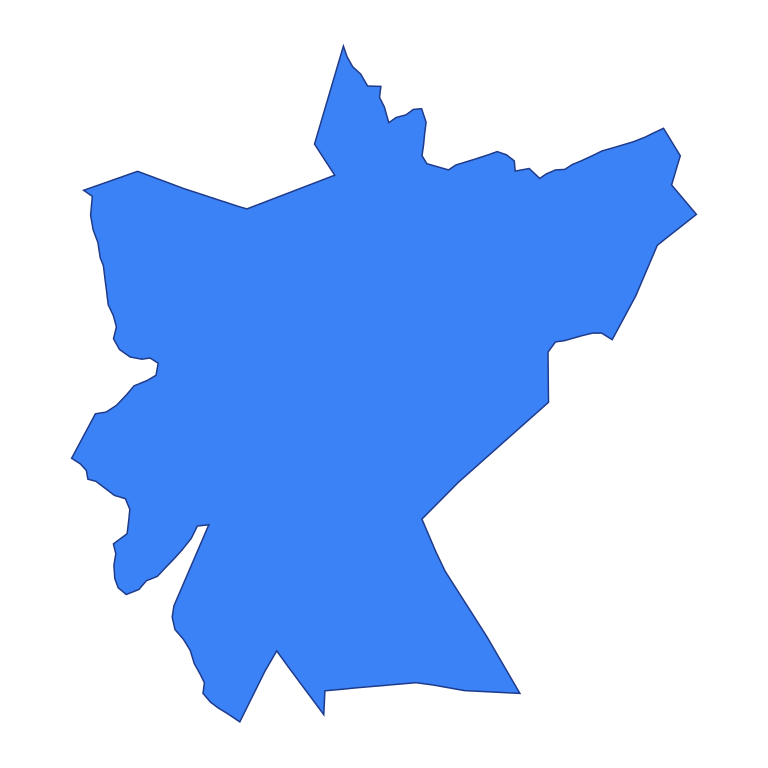 Escada, Pernambuco, Brazil
{"feature_id": "56859067B6321576756200", "entity_name": "Escada", "entity_type": "district", "adm_level": 2, "iso_a3": "BRA", "parent_name": "Brazil", "parent_adm1": "Pernambuco", "projection": "albers", "projection_center": [-35.273, -8.37], "detail": "fine", "context": "isolated", "style": "filled", "palette": "blue", "viewbox_px": 768, "rotation_deg": 0, "n_neighbors": 0, "source": "geoboundaries", "source_scale": "gbopen_adm2", "svg_char_len": 1841}
<svg xmlns="http://www.w3.org/2000/svg" viewBox="0 0 768 768"><path d="M343.4,46.1L314.5,144.1L334.7,175.2L271.1,199.6L246.9,208.9L238.6,206.5L183.3,188.4L137.6,171.3L83.6,190.3L92.3,196.3L90.6,215.2L93.1,229.7L97.9,242.5L100.2,257.7L103.4,265.7L105.1,279.9L106.5,290.6L108.2,304.7L113.3,315.5L116.4,326.9L113.5,338.8L119.5,349.5L130.1,357.0L141.9,359.2L150.0,358.0L158.2,363.2L156.0,375.3L146.9,380.6L134.1,385.8L126.5,394.8L116.4,405.4L106.0,412.1L95.4,413.8L71.6,458.3L80.5,464.0L86.4,470.6L87.9,479.2L95.9,481.3L114.4,495.4L125.4,498.7L129.8,509.3L128.9,519.0L127.1,533.7L113.4,543.9L115.8,553.7L113.9,565.3L114.8,578.6L118.2,587.8L126.2,594.5L138.9,589.5L146.4,580.7L157.3,576.4L166.6,566.5L173.1,559.8L181.5,550.6L191.2,538.5L197.4,526.0L208.8,524.8L173.9,605.9L172.2,617.2L175.0,629.6L183.4,639.3L190.2,650.3L194.3,663.7L200.3,674.4L204.4,682.8L203.0,693.4L210.5,702.2L218.4,708.1L227.1,713.4L239.8,721.9L264.9,671.3L276.7,650.9L288.2,666.8L323.8,714.7L324.9,690.8L343.9,689.1L354.4,688.0L415.9,682.7L432.5,684.9L464.5,690.6L501.9,692.5L519.9,693.4L486.6,636.2L445.2,571.3L436.1,552.3L421.9,519.1L458.4,482.3L548.5,402.3L548.0,352.1L555.5,341.9L564.3,340.7L581.9,335.7L592.5,333.1L601.6,333.1L612.2,339.7L635.8,295.8L657.3,245.3L664.4,239.6L696.4,214.4L671.6,185.0L676.7,167.7L680.3,155.8L663.5,128.3L652.6,133.4L645.2,137.1L632.9,141.9L613.1,147.8L602.1,150.9L592.5,155.6L581.1,160.9L572.3,164.5L564.8,169.4L555.6,169.9L546.3,173.9L539.7,178.4L529.2,168.5L515.2,171.1L514.3,160.9L506.5,154.8L497.2,151.6L487.0,155.2L473.1,159.7L455.8,165.0L448.5,169.9L438.7,167.1L426.9,163.7L422.0,155.7L423.5,145.3L424.7,133.4L426.1,122.3L421.6,108.7L413.4,109.4L405.9,114.9L396.1,117.5L388.8,122.7L384.3,106.8L379.5,97.4L380.9,86.4L367.6,86.0L360.7,74.1L352.7,66.8L347.0,56.6L343.4,46.1Z" fill="#3b82f6" stroke="#1e3a8a" stroke-width="1.5"/></svg>